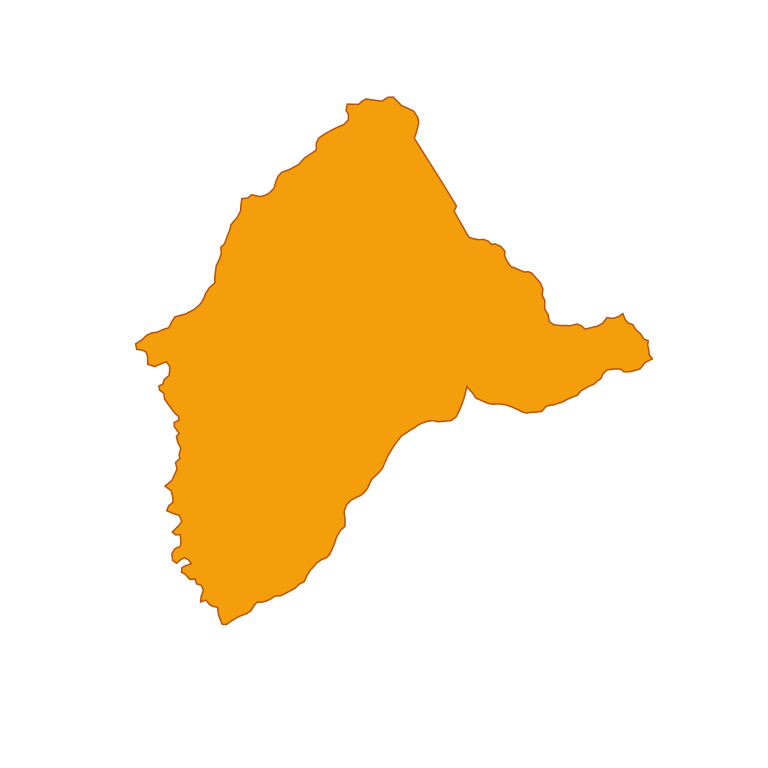 Tanabi, São Paulo, Brazil, rotated 197°
{"feature_id": "56859067B98162890233703", "entity_name": "Tanabi", "entity_type": "district", "adm_level": 2, "iso_a3": "BRA", "parent_name": "Brazil", "parent_adm1": "São Paulo", "projection": "mercator", "projection_center": [-49.657, -20.518], "detail": "fine", "context": "isolated", "style": "filled", "palette": "amber", "viewbox_px": 768, "rotation_deg": 197, "n_neighbors": 0, "source": "geoboundaries", "source_scale": "gbopen_adm2", "svg_char_len": 3807}
<svg xmlns="http://www.w3.org/2000/svg" viewBox="0 0 768 768"><g transform="rotate(197 384 384)"><path d="M565.9,526.3L568.5,522.1L574.2,519.7L573.0,512.8L571.8,507.7L573.0,500.6L575.3,495.5L576.9,491.4L576.5,486.9L577.2,478.3L577.5,471.6L580.0,467.0L577.7,461.0L578.0,454.1L579.0,448.4L578.0,441.9L576.9,436.0L575.3,431.5L579.2,424.8L581.1,418.5L581.3,414.1L582.1,409.6L583.8,405.2L587.9,399.2L594.3,393.0L598.5,390.3L603.5,387.2L605.3,381.1L606.3,374.8L611.5,371.3L616.0,367.3L621.1,364.9L625.1,361.4L628.2,355.8L633.3,349.8L630.6,344.8L624.8,345.8L620.6,344.8L618.0,340.8L615.7,333.7L608.2,333.7L603.3,337.9L598.7,341.7L594.1,338.1L592.9,334.1L592.0,329.3L595.4,324.3L595.6,318.8L598.7,316.4L596.9,312.6L591.8,310.6L589.5,305.5L584.9,301.8L580.0,298.2L575.1,294.7L571.3,293.2L569.4,289.6L573.4,285.9L572.2,282.1L565.5,276.8L567.2,273.2L564.1,267.8L559.5,263.1L559.3,256.7L557.5,252.9L560.4,247.9L557.0,242.1L557.9,235.6L558.7,229.8L563.6,222.3L556.4,219.7L552.2,212.7L551.4,208.6L554.3,204.8L554.7,199.3L547.5,198.5L541.3,198.5L537.3,193.6L538.7,189.0L540.9,184.8L543.2,180.5L539.2,178.8L534.8,180.3L532.1,173.9L531.3,169.3L535.9,165.3L537.3,159.6L534.6,153.6L529.9,152.0L527.2,156.4L524.1,159.5L519.5,158.7L515.8,155.8L519.5,153.0L523.5,149.6L522.6,144.7L518.7,144.1L512.5,140.3L507.7,142.3L504.8,138.1L499.8,138.1L496.5,133.9L496.7,127.3L495.7,121.9L491.1,125.3L486.5,122.1L482.8,121.3L478.0,121.8L474.9,115.1L472.1,111.2L468.4,106.9L464.3,108.0L461.6,111.6L457.3,116.6L453.4,120.4L448.2,124.2L444.7,128.8L443.8,133.1L441.8,138.1L436.6,139.9L433.2,141.9L429.7,145.1L426.3,149.4L421.0,151.2L414.6,157.4L409.8,162.2L406.3,168.1L402.5,171.7L401.5,179.4L399.8,184.8L397.7,189.2L396.0,193.1L392.6,197.6L388.3,201.0L386.2,204.8L385.3,210.9L384.7,217.8L384.7,223.3L382.9,231.0L379.7,236.6L381.8,243.4L384.9,250.2L384.5,257.6L381.7,263.0L377.5,267.3L374.0,270.4L371.5,273.9L369.2,279.7L368.7,284.1L367.9,289.2L365.0,294.3L362.9,297.9L360.9,303.0L360.0,310.2L359.4,316.2L356.8,326.6L354.8,332.5L351.9,339.9L349.0,343.0L345.8,347.2L341.8,351.4L339.5,354.7L335.8,358.0L331.8,360.9L326.5,363.3L321.5,363.6L309.2,368.6L305.5,373.5L304.3,379.7L303.6,386.6L303.4,392.8L303.4,397.0L304.0,405.6L296.3,401.0L292.1,397.4L287.0,396.8L278.8,395.9L274.4,396.4L268.6,398.5L260.9,399.7L254.7,399.4L247.7,398.5L243.9,397.7L239.1,397.9L235.6,399.7L228.4,402.3L225.0,404.1L222.6,409.7L219.5,412.1L215.9,413.5L212.2,416.2L208.5,418.6L205.2,422.0L199.8,426.7L196.0,429.6L193.6,435.1L190.2,438.7L186.9,442.2L183.4,445.0L180.7,449.5L178.2,452.5L177.6,457.6L174.8,462.7L167.0,466.1L162.0,467.4L158.1,465.8L152.5,467.6L147.7,470.5L143.6,473.3L140.4,481.1L134.7,486.5L138.8,489.4L140.9,494.2L143.3,498.5L144.0,502.6L148.6,503.0L153.3,507.0L159.1,509.7L163.4,513.5L168.8,513.9L172.4,516.4L176.3,521.2L179.4,517.0L184.2,513.7L190.2,512.6L192.7,506.0L196.6,501.9L201.6,498.9L207.8,495.3L212.0,497.3L216.9,497.8L223.2,494.0L227.6,493.1L231.5,491.7L238.9,490.3L244.1,492.0L247.1,498.0L252.1,502.6L253.4,506.6L254.7,510.9L258.7,515.2L259.7,521.0L263.9,526.3L269.4,529.7L275.0,533.2L279.0,533.6L282.5,532.1L287.2,532.6L292.7,533.2L297.0,533.4L302.2,537.4L306.1,541.8L307.2,546.3L312.3,549.6L318.6,550.5L322.1,549.0L326.2,551.1L331.2,551.4L335.1,549.8L340.3,549.1L345.3,549.1L348.9,552.0L355.1,558.0L362.8,565.1L367.5,569.9L366.7,575.3L384.7,591.4L426.8,627.8L426.6,635.1L427.2,644.3L429.2,648.2L435.1,653.5L442.6,654.7L448.4,655.3L459.1,661.1L464.1,659.3L468.9,653.8L484.5,651.3L487.8,648.0L490.0,644.0L501.0,640.9L500.2,634.3L497.1,631.9L495.3,626.3L498.3,620.5L506.2,613.6L512.2,607.5L515.8,603.4L518.2,600.2L519.2,594.8L517.2,587.9L522.0,581.8L526.1,577.0L529.8,568.9L537.3,561.4L543.7,556.5L546.1,551.6L546.6,546.7L546.5,538.9L549.8,532.7L553.3,529.4L557.5,526.9L565.9,526.3Z" fill="#f59e0b" stroke="#b45309" stroke-width="1.5"/></g></svg>